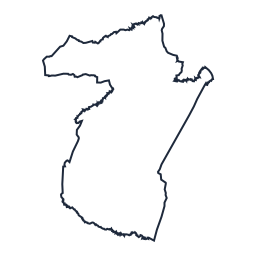 the district of Tap Khlo, Phichit, Thailand
{"feature_id": "78962969B53438077198492", "entity_name": "Tap Khlo", "entity_type": "district", "adm_level": 2, "iso_a3": "THA", "parent_name": "Thailand", "parent_adm1": "Phichit", "projection": "robinson", "projection_center": [100.596, 16.192], "detail": "fine", "context": "isolated", "style": "outline", "palette": "slate", "viewbox_px": 256, "rotation_deg": 0, "n_neighbors": 0, "source": "geoboundaries", "source_scale": "gbopen_adm2", "svg_char_len": 5681}
<svg xmlns="http://www.w3.org/2000/svg" viewBox="0 0 256 256"><path d="M83.3,220.5L84.5,221.3L84.8,222.2L85.6,221.8L86.4,222.5L87.5,222.6L87.7,223.2L89.8,223.7L92.2,222.5L92.9,222.5L94.1,223.2L95.2,224.7L95.5,224.2L96.2,224.4L96.8,225.2L98.0,225.7L98.5,226.6L100.4,227.2L100.8,227.0L101.5,227.9L103.2,228.8L103.9,228.7L104.6,229.4L106.1,229.6L107.2,228.8L108.5,229.3L109.4,229.1L109.5,229.5L110.3,229.7L111.3,228.6L111.6,229.5L112.2,229.8L112.1,231.0L112.8,231.0L113.1,231.7L113.5,231.3L114.0,232.0L114.8,231.7L115.7,232.1L116.1,231.7L116.3,232.5L115.7,232.6L115.5,233.3L116.2,233.1L117.4,234.3L117.6,233.4L118.5,234.3L118.8,233.3L119.5,233.2L120.1,234.8L120.4,234.2L120.5,234.8L121.1,234.7L121.3,233.9L121.8,234.7L123.1,234.2L123.7,235.2L124.3,234.7L124.5,235.3L124.8,234.5L126.0,234.3L128.2,234.7L129.2,235.3L130.1,235.0L130.4,234.3L130.9,234.5L131.5,232.7L132.1,233.1L132.3,232.7L132.6,233.1L133.1,232.6L134.8,232.7L135.0,232.3L135.9,233.1L135.8,233.7L136.6,234.3L136.3,235.2L137.1,235.8L137.6,235.7L137.7,236.2L138.8,237.1L140.2,236.1L140.5,235.1L141.7,235.5L142.7,236.6L142.3,238.1L143.6,237.3L144.3,237.4L143.7,238.8L144.6,239.0L145.3,238.2L146.0,239.1L147.4,238.4L148.0,238.7L147.8,237.7L148.7,237.7L154.0,240.6L156.9,229.7L161.5,216.8L164.5,206.1L164.5,202.6L166.7,198.0L165.6,195.0L165.8,193.0L164.7,189.4L165.8,183.7L165.7,182.7L161.2,179.6L160.7,174.3L158.3,173.1L158.0,171.9L159.8,169.2L161.5,164.4L189.1,115.4L193.9,106.4L197.2,99.0L204.8,85.0L205.8,83.4L206.2,84.7L207.1,84.9L207.1,84.1L207.6,83.8L207.2,83.3L207.8,82.5L208.3,82.7L209.1,82.2L209.2,81.5L210.9,80.4L211.3,80.7L212.3,79.0L213.0,79.0L212.4,75.8L211.2,73.2L208.8,70.1L205.2,67.1L205.0,67.9L203.3,67.7L203.5,68.3L203.0,68.8L202.9,68.2L202.1,68.4L200.9,70.1L200.4,72.1L199.9,71.5L199.1,72.9L199.1,73.9L198.2,75.0L198.2,75.8L199.1,76.1L199.7,77.3L198.7,77.1L197.7,78.2L196.7,77.9L196.1,78.8L195.3,78.1L195.7,80.0L194.6,79.8L194.0,81.3L192.5,81.1L191.7,79.4L190.8,79.8L190.5,79.2L189.7,79.6L188.5,79.1L188.0,79.8L187.5,78.7L186.8,79.8L186.2,80.0L186.2,80.6L185.7,79.9L185.3,80.0L184.8,81.3L184.7,79.9L184.2,79.9L184.2,80.7L183.3,80.9L183.0,81.8L182.1,81.6L182.4,80.7L181.3,81.5L179.9,81.1L179.1,80.3L179.4,79.6L177.8,80.9L177.3,80.0L176.2,80.3L175.8,80.0L176.2,81.3L174.3,80.9L174.8,80.4L174.7,78.9L175.5,78.4L176.2,79.2L176.8,78.3L176.4,75.5L178.8,75.1L179.8,73.5L181.4,72.1L181.8,70.6L181.6,68.8L182.7,65.5L182.3,63.9L182.9,62.2L178.7,61.5L178.0,60.7L177.1,61.1L177.4,60.4L177.0,58.4L177.6,58.6L177.7,58.2L176.8,55.7L173.1,54.9L168.1,52.8L166.7,51.3L165.4,47.9L164.1,46.7L162.4,40.7L162.5,33.6L161.7,30.2L162.1,28.8L163.9,26.2L164.0,23.8L161.5,15.4L160.6,15.7L160.4,15.4L159.4,16.1L159.6,17.8L159.3,18.7L159.2,18.2L157.1,17.8L156.8,17.3L154.1,17.0L153.0,16.2L152.7,16.4L153.0,17.1L152.5,16.7L151.6,17.2L151.3,18.2L149.4,17.7L149.5,18.3L149.0,18.0L148.0,19.9L147.5,19.6L146.8,21.0L145.8,21.2L145.3,22.4L144.7,22.3L144.2,23.9L143.1,22.8L142.9,23.2L142.4,22.9L142.2,22.2L141.8,22.7L141.3,22.5L141.1,23.2L140.4,23.5L138.8,23.0L138.1,23.9L137.6,23.8L138.0,24.3L137.4,24.2L137.3,24.5L136.0,23.9L134.2,23.9L133.4,24.8L133.6,25.3L133.0,24.9L133.3,25.5L132.9,26.5L133.4,27.1L132.8,27.1L132.9,27.5L132.5,27.2L132.7,27.6L132.3,27.8L132.1,27.4L131.9,28.3L131.7,27.9L131.3,28.1L131.1,29.3L129.9,28.5L130.2,29.3L129.2,30.2L127.5,29.6L125.4,30.2L123.8,29.6L120.3,29.6L116.4,33.2L116.0,31.8L114.0,32.1L112.0,34.0L111.0,34.1L110.4,35.1L108.0,36.2L107.8,37.0L106.7,36.3L106.3,36.5L105.8,35.8L104.5,36.6L103.0,37.9L102.8,39.4L101.6,39.6L100.5,40.5L100.4,41.2L100.0,41.1L98.5,43.2L97.7,43.4L95.2,41.8L94.8,42.7L92.8,42.5L92.3,41.0L85.9,42.8L83.4,43.0L81.5,41.7L78.8,41.0L78.8,40.3L76.7,39.6L75.5,38.5L72.1,37.1L72.1,36.4L69.6,35.8L66.8,41.3L63.4,45.7L60.1,46.7L51.6,56.1L50.3,56.1L49.5,56.7L46.7,56.7L43.8,59.4L43.0,60.6L44.8,66.6L45.2,75.1L48.7,75.4L48.8,76.1L49.3,76.1L51.9,75.5L55.3,75.6L63.5,73.7L68.1,73.8L68.6,74.5L71.0,74.8L72.9,74.0L74.4,75.1L74.7,76.7L76.3,76.6L77.4,77.2L82.5,75.1L82.8,74.6L85.8,74.1L89.9,75.6L90.8,75.2L94.0,75.3L95.0,75.6L95.1,76.3L97.2,77.1L97.1,82.5L100.8,82.6L104.5,81.2L108.9,80.4L110.0,84.7L112.2,88.1L112.8,88.1L113.2,88.9L112.6,89.2L112.8,89.7L112.1,90.3L112.4,90.8L111.8,91.7L111.5,91.2L110.7,91.4L111.2,91.8L111.0,92.3L109.6,91.4L109.3,92.9L107.5,93.1L108.0,93.9L107.4,93.9L107.4,94.8L106.8,95.8L106.3,95.8L106.2,95.4L105.5,96.0L105.3,96.4L105.8,96.3L105.8,96.8L104.9,97.1L105.0,97.8L104.6,97.5L104.5,97.9L102.9,98.2L102.8,99.7L101.6,100.3L102.3,100.8L102.4,101.6L101.5,102.0L101.6,102.8L100.9,103.1L100.3,101.9L99.4,102.5L98.9,102.4L98.8,103.8L98.1,103.9L97.6,103.2L97.6,105.3L97.1,105.9L96.3,104.9L96.3,104.0L95.2,104.8L93.3,104.5L93.2,105.3L91.0,106.7L89.0,107.1L89.2,108.9L88.3,108.8L88.0,109.5L87.4,109.6L86.9,108.8L86.5,108.8L86.5,109.3L85.4,109.8L84.8,110.8L84.2,109.7L83.3,109.5L83.8,110.3L83.7,110.8L82.6,110.7L82.4,111.5L81.3,112.0L81.3,113.3L80.0,113.6L80.0,114.2L78.6,115.3L77.7,116.8L77.4,116.6L77.4,117.9L76.0,118.1L75.9,118.8L75.2,119.3L75.9,119.7L75.6,121.0L76.2,121.4L75.9,122.4L76.6,123.1L78.3,123.0L79.8,121.5L81.9,120.9L80.0,125.6L76.9,129.9L76.7,134.6L78.7,137.3L78.8,138.6L77.9,141.2L72.9,151.5L69.5,162.1L67.6,160.4L66.6,160.7L64.8,162.7L64.4,164.9L65.0,166.4L63.2,166.6L62.3,184.2L62.7,193.0L61.5,193.8L61.0,194.8L61.4,197.1L63.3,199.1L62.9,199.4L63.3,200.5L62.9,200.8L63.2,201.2L62.6,201.8L63.8,203.0L64.1,204.3L64.8,203.8L65.1,204.8L66.2,204.7L66.8,207.1L67.5,207.0L67.8,206.4L68.0,206.8L69.0,206.5L69.4,206.9L69.2,207.5L70.1,208.3L72.3,207.4L73.9,209.3L74.6,209.3L75.4,210.6L76.9,211.6L77.2,212.1L76.9,212.6L78.3,213.7L78.5,214.9L79.1,215.6L82.3,217.7L82.0,218.6L83.0,219.2L82.9,219.7L83.4,220.0L83.3,220.5Z" fill="none" stroke="#1e293b" stroke-width="2"/></svg>